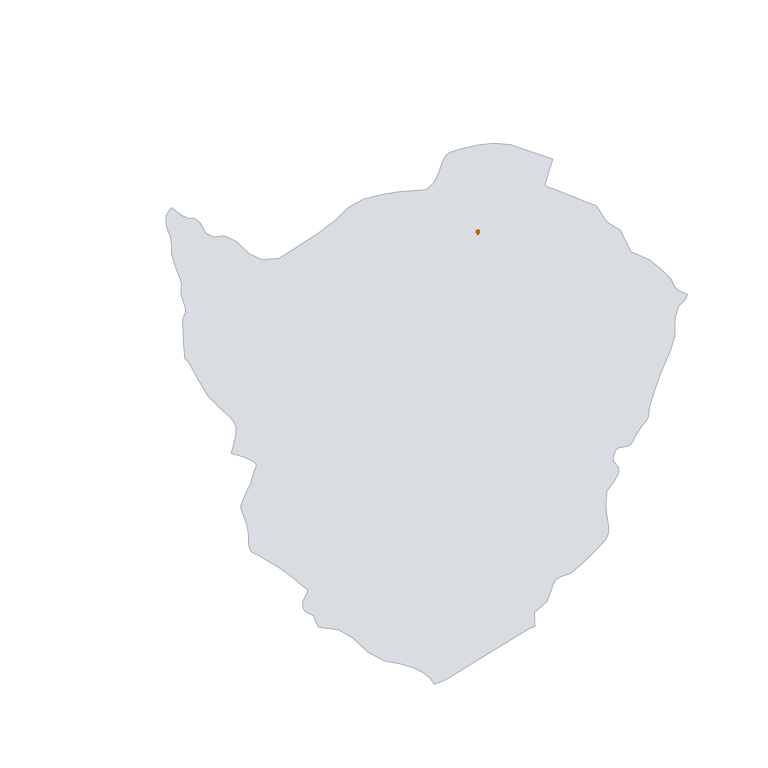 Karoi, Mashonaland West, Zimbabwe shown in context, rotated 19°
{"feature_id": "62879985B2724410998329", "entity_name": "Karoi", "entity_type": "district", "adm_level": 2, "iso_a3": "ZWE", "parent_name": "Zimbabwe", "parent_adm1": "Mashonaland West", "projection": "natural_earth1", "projection_center": [29.682, -16.822], "detail": "fine", "context": "in_parent", "style": "filled", "palette": "amber", "viewbox_px": 768, "rotation_deg": 19, "n_neighbors": 0, "source": "geoboundaries", "source_scale": "gbopen_adm2", "svg_char_len": 2752}
<svg xmlns="http://www.w3.org/2000/svg" viewBox="0 0 768 768"><g transform="rotate(19 384 384)"><path d="M529.3,651.6L523.3,647.1L515.0,644.1L504.6,642.8L490.9,643.3L474.2,645.8L456.3,642.8L437.1,634.3L421.2,631.3L402.2,635.0L401.3,635.1L398.0,632.2L392.8,626.0L384.1,624.9L381.8,623.5L379.8,621.2L378.6,618.2L378.1,615.0L379.5,604.8L378.7,603.6L376.4,602.4L371.6,601.2L360.2,596.5L345.8,592.1L322.4,587.2L313.4,585.9L311.3,584.4L308.6,580.6L304.1,568.9L299.8,561.2L289.8,549.3L288.1,545.6L288.6,536.1L289.3,528.4L290.4,522.0L289.9,515.9L289.7,508.3L290.0,503.3L288.7,501.1L285.0,499.5L274.6,498.8L262.0,499.2L261.6,491.5L260.3,479.6L258.0,472.8L255.0,469.2L249.3,465.5L237.5,460.5L221.5,452.7L207.9,441.3L192.2,427.1L187.3,424.7L181.4,411.3L172.5,388.5L173.0,380.9L171.7,377.2L163.1,366.0L161.2,360.1L159.6,354.3L145.9,337.8L141.2,330.7L137.6,321.5L134.1,314.1L131.1,311.1L127.2,306.1L124.5,300.4L123.2,296.2L124.2,290.4L125.5,286.5L138.5,290.6L145.5,291.0L151.1,288.9L157.9,291.6L166.1,299.1L175.0,300.5L184.7,295.9L197.7,297.3L214.1,304.7L227.7,306.2L243.8,299.6L258.2,281.4L271.7,264.2L285.0,244.5L293.0,228.5L304.8,215.5L320.3,205.5L336.2,197.1L360.4,186.7L365.3,178.2L366.9,168.8L366.9,155.9L368.1,147.5L370.7,143.7L374.7,140.7L379.9,136.8L395.9,127.0L409.3,120.7L425.6,116.5L443.5,116.5L460.7,116.4L470.5,116.4L470.7,128.9L471.4,142.9L473.3,144.3L486.3,144.6L507.0,145.6L527.1,146.5L539.8,156.7L544.1,158.8L557.4,161.6L574.3,178.5L594.7,180.1L608.8,185.4L621.1,191.3L628.2,198.2L632.8,199.8L639.0,200.3L642.1,201.0L641.4,206.0L637.2,214.5L637.7,226.7L643.3,243.6L644.0,258.4L642.1,284.3L642.1,309.4L642.6,318.4L643.5,324.4L644.7,327.6L644.5,331.3L641.0,341.9L638.3,353.0L638.1,357.4L637.1,360.5L635.0,363.3L626.1,368.4L624.6,371.6L624.6,377.4L625.7,382.2L629.0,384.0L633.0,386.7L634.6,390.3L634.6,394.1L633.3,401.1L629.7,412.8L633.1,426.2L637.1,434.9L642.5,445.0L644.8,451.2L644.6,455.7L643.8,460.0L635.5,478.4L629.5,489.9L622.2,502.1L612.6,509.8L610.1,513.5L609.1,517.7L609.4,526.9L608.9,536.5L600.7,551.3L605.7,564.0L604.5,565.2L601.7,567.0L589.9,581.3L578.0,595.8L569.2,606.4L559.3,618.4L548.2,631.9L538.7,643.4L529.3,651.6Z" fill="#d9dde1" stroke="#a8b0b8" stroke-width="1"/><path d="M423.1,207.8L422.9,207.9L422.7,207.8L422.5,208.0L422.4,208.1L422.2,208.2L422.2,208.3L422.1,208.5L421.9,208.7L421.8,208.8L421.8,209.0L421.9,209.3L421.7,209.4L421.7,209.5L421.8,209.6L421.8,209.8L421.7,209.9L421.7,210.0L421.8,210.2L421.8,210.3L422.0,210.3L422.1,210.5L422.3,210.5L422.5,210.5L422.7,210.8L422.9,210.8L423.5,210.8L423.8,211.4L423.8,211.8L424.6,211.0L424.6,209.9L424.6,209.4L423.9,208.5L424.1,208.2L423.9,207.9L423.7,207.8L423.5,207.7L423.4,207.6L423.2,207.6L423.1,207.8L423.1,207.8Z" fill="#f59e0b" stroke="#b45309" stroke-width="1.5"/></g></svg>